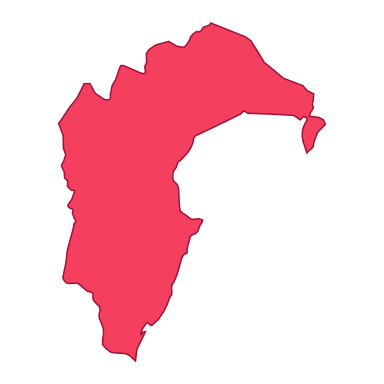 outline of Hawke's Bay
{"feature_id": "NZL-3397", "entity_name": "Hawke's Bay", "entity_type": "Regional Council", "adm_level": 1, "iso_a3": "NZL", "parent_name": "New Zealand", "parent_adm1": "", "projection": "albers", "projection_center": [176.854, -39.512], "detail": "fine", "context": "isolated", "style": "filled", "palette": "rose", "viewbox_px": 384, "rotation_deg": 0, "n_neighbors": 0, "source": "natural_earth", "source_scale": "10m", "svg_char_len": 2780}
<svg xmlns="http://www.w3.org/2000/svg" viewBox="0 0 384 384"><path d="M313.7,93.9L313.2,101.0L312.2,103.9L313.4,107.5L312.2,110.1L310.4,112.7L309.3,116.3L318.9,117.4L323.5,119.9L325.4,124.4L317.7,132.2L314.3,141.1L313.0,146.9L311.3,148.9L309.0,150.7L306.9,153.0L303.2,141.9L302.2,136.2L302.4,130.9L303.2,127.9L304.3,125.0L305.5,122.5L306.8,120.5L307.0,118.4L305.0,116.9L302.4,117.1L300.5,119.8L299.1,119.1L294.9,116.1L292.8,115.3L270.8,114.1L248.2,113.3L246.5,112.6L245.3,111.4L244.0,110.9L240.3,114.2L214.5,126.8L195.4,135.9L193.7,138.1L193.1,142.0L191.6,146.0L189.8,149.5L186.4,154.1L181.4,159.5L178.1,162.1L177.7,162.7L176.1,167.6L174.4,169.9L173.4,171.9L172.9,174.3L172.8,177.4L173.3,180.4L174.5,182.0L176.1,183.3L177.6,185.3L178.6,188.9L179.4,205.6L179.9,209.1L180.8,212.1L181.7,212.1L182.5,213.1L184.8,214.3L188.4,217.1L189.4,218.1L191.2,219.2L193.6,219.3L198.3,218.7L202.6,219.9L202.1,222.3L199.7,225.9L198.2,230.3L197.6,231.6L196.1,233.0L194.4,234.1L191.2,235.3L190.1,237.3L187.0,249.3L187.0,249.9L187.2,250.8L187.2,251.9L187.0,253.1L186.4,253.4L184.3,254.3L183.6,254.8L181.7,258.3L177.2,274.1L174.2,281.4L172.3,284.4L171.7,286.1L171.6,288.4L171.8,293.0L171.8,294.2L171.5,295.0L169.7,297.7L169.3,298.6L167.1,304.7L163.8,311.4L158.3,319.5L152.3,325.0L151.2,325.5L149.9,324.9L148.7,323.5L147.4,322.7L146.0,323.8L142.5,328.8L141.3,331.7L140.8,335.3L141.7,333.8L142.8,332.5L144.1,331.8L145.5,331.6L136.8,349.6L135.5,361.0L130.0,355.9L125.9,353.7L111.4,352.5L106.6,349.2L102.5,344.6L102.7,339.2L103.6,333.1L103.1,327.5L99.2,317.9L99.2,313.1L100.1,310.2L99.6,306.8L95.0,302.1L93.4,300.1L92.8,297.5L93.2,295.1L92.3,292.9L91.3,292.3L90.2,291.8L88.0,291.5L86.0,290.2L77.7,283.1L68.8,283.5L66.0,282.8L63.5,279.6L62.9,277.5L63.1,276.2L66.0,262.4L67.3,250.4L73.5,227.3L73.7,224.9L74.3,222.9L75.5,222.5L76.0,221.3L73.9,217.5L72.4,212.9L73.2,210.1L71.8,208.6L70.4,208.6L68.4,206.8L67.8,206.0L68.0,204.9L69.3,202.8L71.7,199.5L73.6,194.3L74.1,192.4L74.6,191.5L74.7,190.8L74.1,190.6L73.1,190.3L71.8,190.4L70.3,189.3L67.5,186.4L67.6,180.9L64.6,177.9L64.2,171.8L61.3,165.8L64.0,160.2L65.7,154.8L63.4,148.1L63.1,135.3L58.6,123.5L62.0,118.7L69.9,106.9L77.0,98.1L84.2,83.6L89.9,83.6L95.2,93.3L102.3,98.1L104.6,99.5L107.6,100.0L109.3,99.4L110.5,98.3L110.3,94.7L112.0,86.0L115.8,79.2L118.9,70.2L119.8,67.6L120.8,65.6L123.3,65.5L127.8,67.4L133.5,69.9L141.3,73.2L143.8,73.6L144.8,73.2L145.4,72.2L144.8,66.4L145.7,64.5L146.6,62.8L146.3,53.7L149.1,49.5L153.3,46.6L156.8,44.6L168.7,41.4L176.8,46.2L180.7,47.0L184.3,47.1L186.6,44.6L188.4,42.1L189.6,39.7L190.6,36.8L192.9,34.2L195.7,32.1L197.4,31.4L198.5,32.1L201.2,30.7L203.1,27.4L209.8,24.9L210.8,23.0L245.1,36.7L250.8,40.7L258.8,53.3L264.1,62.2L283.6,78.3L302.9,85.7L307.0,90.5L313.7,93.9Z" fill="#f43f5e" stroke="#9f1239" stroke-width="1.5"/></svg>